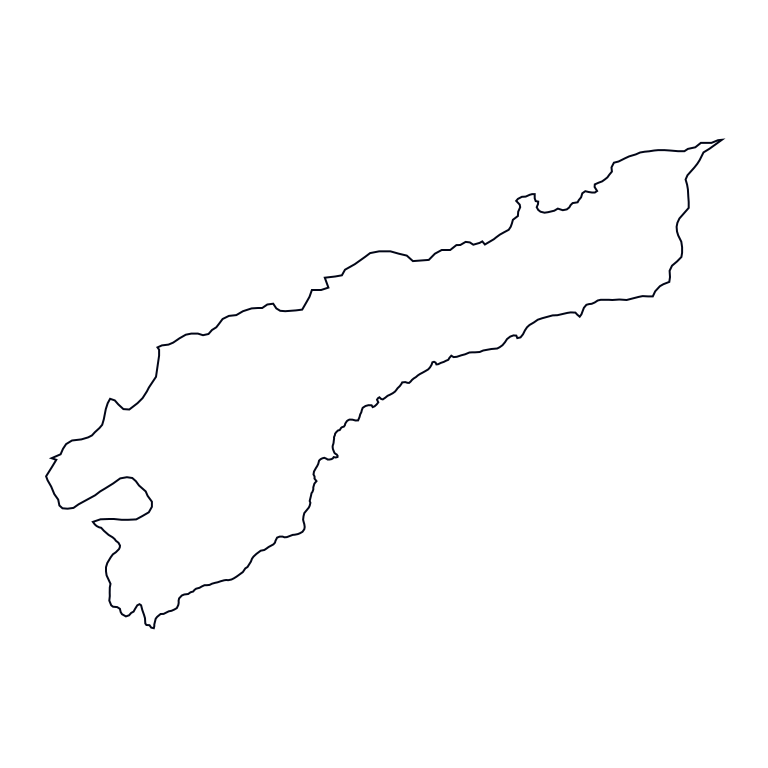 the district of Rizokarpaso, Cyprus
{"feature_id": "46923920B57718110047043", "entity_name": "Rizokarpaso", "entity_type": "district", "adm_level": 2, "iso_a3": "CYP", "parent_name": "Cyprus", "parent_adm1": "", "projection": "albers", "projection_center": [34.434, 35.609], "detail": "fine", "context": "isolated", "style": "outline", "palette": "ink", "viewbox_px": 768, "rotation_deg": 0, "n_neighbors": 0, "source": "geoboundaries", "source_scale": "gbopen_adm2", "svg_char_len": 6099}
<svg xmlns="http://www.w3.org/2000/svg" viewBox="0 0 768 768"><path d="M92.9,521.9L94.8,524.4L96.6,526.0L99.1,527.3L101.2,527.8L103.8,530.7L108.6,534.9L112.6,537.3L114.7,539.1L115.8,540.7L118.5,542.8L120.0,545.6L119.8,547.3L119.0,549.1L115.8,552.3L112.9,554.3L110.7,557.3L107.3,563.0L106.0,567.2L106.0,571.4L106.6,575.4L110.5,583.8L109.8,587.5L109.7,592.7L109.8,596.1L109.3,600.6L111.2,605.3L113.0,606.7L117.2,607.1L119.9,608.8L120.7,612.1L122.0,614.2L125.9,616.4L129.1,615.3L131.2,612.9L133.6,611.6L135.0,609.0L137.3,605.3L139.5,604.2L141.1,605.3L142.3,610.0L144.0,614.8L145.0,618.2L145.1,620.0L145.3,623.5L146.4,625.0L149.5,625.2L151.2,627.6L153.8,628.2L154.3,626.1L154.3,624.4L155.7,618.7L157.2,616.8L160.6,614.0L163.6,613.9L168.8,611.3L171.5,610.8L174.4,609.5L176.8,608.1L178.3,605.0L178.7,602.8L178.6,600.7L179.1,598.4L181.8,595.5L184.2,594.5L188.2,594.0L190.5,592.3L193.2,591.5L194.5,589.9L196.1,588.7L199.5,587.8L201.7,586.5L204.5,585.2L206.9,585.2L209.6,584.9L212.0,583.7L215.2,582.8L217.6,582.3L220.5,581.3L224.1,580.3L226.2,580.0L228.2,580.2L231.5,579.5L233.9,578.3L236.6,576.6L242.9,572.0L245.3,568.4L247.5,567.0L250.9,561.6L252.0,558.7L253.5,556.6L256.4,553.9L260.7,550.7L264.3,550.0L266.7,548.4L268.6,547.0L273.4,544.4L275.0,542.6L275.5,540.8L277.1,537.6L279.7,536.6L282.6,536.6L284.5,537.3L286.9,537.1L292.7,534.9L294.8,534.7L297.8,534.1L299.8,533.3L302.5,531.8L304.3,529.2L304.7,527.0L304.3,524.2L303.6,521.8L303.1,519.7L303.5,516.3L304.3,513.1L308.8,507.6L309.7,505.7L310.4,502.8L309.7,501.0L310.4,498.1L311.0,495.7L311.5,493.2L312.5,491.8L313.3,489.4L313.3,487.3L314.4,483.6L316.5,481.1L314.5,478.6L314.6,476.8L314.2,475.7L313.5,474.5L314.0,471.5L316.0,467.9L317.1,466.2L318.2,464.0L319.1,460.6L320.6,459.2L322.4,458.3L324.3,457.8L326.6,458.8L327.6,459.5L329.6,459.5L331.6,459.1L332.9,458.3L333.7,457.1L335.7,457.5L337.5,457.0L337.6,455.8L336.7,454.5L335.6,453.9L334.7,453.2L334.1,452.1L332.9,449.0L332.6,446.8L332.8,445.4L333.3,444.0L333.6,442.6L333.7,441.4L334.1,438.4L334.0,437.2L334.9,435.1L335.1,433.7L336.4,432.0L338.1,430.4L339.7,430.1L341.1,427.9L342.0,427.2L343.9,426.6L344.9,425.2L345.2,423.8L345.7,422.9L346.9,421.1L348.0,420.3L349.4,419.6L350.9,419.6L352.6,419.7L355.5,420.5L358.1,420.4L359.5,417.1L360.2,414.4L361.3,412.3L361.8,410.2L362.7,407.8L365.5,406.0L368.4,405.2L371.6,405.3L372.7,407.1L374.6,406.3L376.7,404.4L378.3,402.3L377.0,399.7L378.0,398.2L379.4,397.3L381.2,399.0L382.8,399.4L385.4,397.6L387.6,395.8L390.0,394.7L392.8,393.2L395.0,391.6L396.3,390.0L397.6,388.2L399.8,386.1L401.4,383.9L402.2,382.4L405.3,382.1L407.4,382.8L409.1,382.9L410.6,381.6L412.0,379.9L413.8,378.4L415.9,377.1L418.0,375.3L420.0,374.0L422.3,372.8L425.0,371.3L428.2,369.4L430.0,367.4L431.6,364.7L432.4,362.3L434.0,361.8L435.6,362.6L436.4,364.4L438.2,364.2L440.8,362.9L443.8,361.9L445.9,360.8L448.3,359.8L449.4,357.9L451.3,355.7L453.6,357.1L456.8,356.8L461.3,355.3L465.1,354.3L469.4,352.5L472.6,352.3L475.4,352.3L479.7,352.0L483.2,350.5L491.4,349.0L497.2,348.5L499.7,347.2L502.5,345.2L505.0,342.2L507.0,339.1L510.2,336.6L513.5,335.4L516.3,335.6L517.3,338.1L520.5,337.4L523.0,334.3L525.0,330.3L527.0,327.3L529.5,325.0L533.8,322.5L537.8,319.7L542.3,318.2L552.6,315.4L557.4,315.2L567.4,312.9L570.7,312.4L575.4,312.6L577.2,314.6L579.7,316.7L581.4,314.4L583.9,307.8L586.4,304.8L589.0,304.1L591.7,303.8L594.7,302.5L597.7,300.5L600.7,299.8L609.0,299.8L612.3,300.0L619.5,299.5L626.6,300.0L634.4,298.0L638.7,296.9L642.6,296.1L648.1,296.4L652.8,296.4L655.2,291.3L659.9,286.2L663.4,284.2L669.3,281.9L670.0,277.1L669.6,270.8L672.0,265.7L677.1,261.4L681.4,257.0L682.1,252.7L682.1,247.2L681.3,241.7L678.2,235.4L677.0,231.5L676.6,226.8L677.4,222.8L679.4,218.5L688.7,207.9L688.7,202.0L688.3,196.5L687.9,189.4L687.1,184.7L685.6,179.5L687.5,175.2L694.2,167.7L697.3,163.8L699.6,160.2L703.5,152.4L709.4,148.8L721.9,139.8L718.0,140.2L711.4,142.9L700.8,142.9L695.3,147.3L687.9,148.9L684.4,151.2L678.1,151.2L669.9,150.5L664.0,150.1L658.5,150.1L654.2,150.5L649.1,151.3L644.8,151.7L640.1,152.5L635.8,154.4L629.1,156.4L624.8,158.4L618.6,161.5L613.9,162.7L611.5,167.4L611.9,171.6L609.4,174.6L607.4,177.4L604.9,179.4L602.1,181.4L598.6,182.7L594.8,184.4L594.6,187.0L597.1,191.0L594.9,192.5L591.8,192.5L588.6,192.0L585.3,191.2L582.3,193.3L581.1,197.3L578.8,200.1L577.6,202.3L572.6,203.1L570.6,205.1L569.3,207.4L566.8,209.4L562.8,210.2L557.8,208.6L554.3,210.7L548.0,212.2L544.5,212.7L540.5,211.7L538.2,209.9L536.7,207.2L538.0,204.1L538.2,201.6L535.7,201.1L534.7,198.3L534.7,194.1L532.2,194.1L529.7,194.8L525.7,196.6L521.9,196.8L517.9,198.9L516.2,200.9L519.7,204.6L520.2,207.2L518.2,211.7L517.9,216.0L512.9,219.8L511.9,223.5L510.7,226.8L508.7,229.8L504.4,232.1L499.9,234.6L496.1,237.4L493.9,239.2L484.9,244.5L482.3,241.4L479.6,242.9L473.3,244.7L469.8,242.4L465.6,241.9L460.3,245.0L456.4,245.1L450.2,250.0L441.7,250.0L434.9,253.7L428.8,259.9L412.9,261.1L406.8,255.6L398.8,253.7L390.3,251.3L379.3,251.3L370.1,253.1L365.2,256.8L354.8,264.2L345.0,269.7L341.9,275.3L335.2,276.5L324.8,277.7L328.4,287.6L321.1,290.0L311.9,290.0L309.5,296.8L306.4,302.3L302.2,309.6L295.9,310.4L285.3,311.2L280.2,310.8L276.3,308.4L273.2,303.7L267.3,304.5L262.2,308.0L257.9,308.0L251.6,308.4L243.0,311.2L236.3,315.1L228.9,315.9L222.6,319.0L219.1,323.7L216.3,327.3L212.0,330.0L208.5,334.0L203.0,335.2L197.9,333.6L191.3,333.6L185.8,334.7L179.5,338.3L173.2,342.6L168.5,344.6L161.9,345.4L157.5,347.4L159.1,349.7L159.1,355.6L156.0,376.8L148.9,387.5L146.9,391.4L142.6,398.1L137.5,403.2L129.3,409.5L123.4,409.1L118.3,404.4L114.8,400.4L110.1,398.8L107.7,403.2L105.8,409.1L103.8,419.3L102.2,424.8L99.5,428.0L94.8,432.3L92.0,435.4L88.1,437.4L81.4,439.4L72.0,440.5L66.1,444.1L63.0,448.8L60.6,454.3L51.6,458.2L56.3,459.8L52.0,466.9L46.1,476.3L47.6,480.3L51.2,486.6L54.3,494.1L58.2,499.6L59.4,505.5L62.5,508.3L67.6,508.7L73.5,507.9L78.6,504.3L95.1,495.3L100.2,491.4L104.9,488.6L113.1,483.5L120.2,478.4L126.9,477.2L132.3,478.0L135.9,481.2L139.0,485.5L145.7,491.4L147.6,495.8L151.9,501.7L151.9,506.8L148.8,512.3L142.1,516.2L136.2,519.4L128.0,519.8L121.7,519.8L113.9,519.0L109.2,519.0L100.5,519.3L92.9,521.9Z" fill="none" stroke="#020617" stroke-width="2"/></svg>